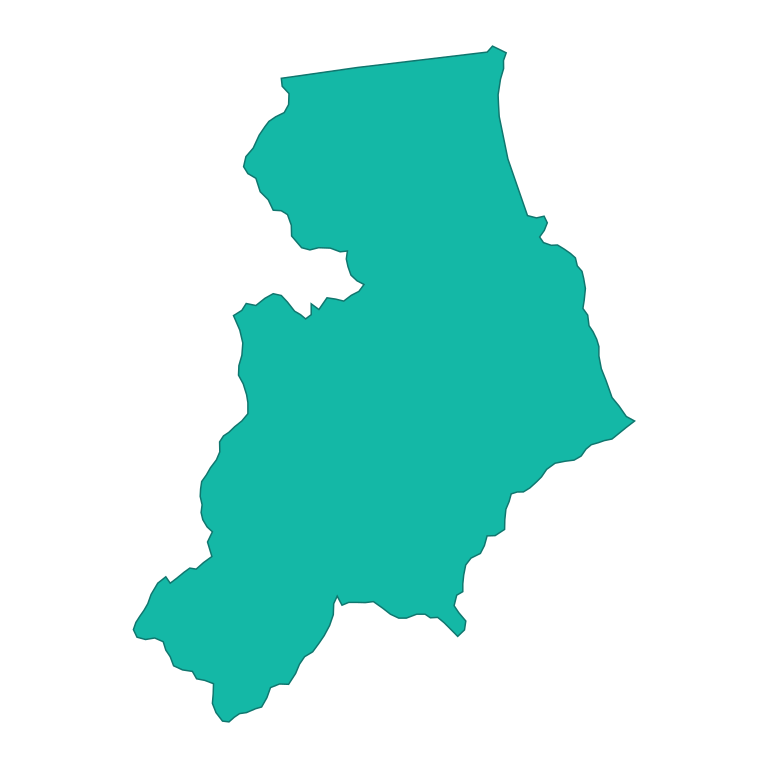 Santo Amaro da Imperatriz, Santa Catarina, Brazil
{"feature_id": "56859067B63225010311185", "entity_name": "Santo Amaro da Imperatriz", "entity_type": "district", "adm_level": 2, "iso_a3": "BRA", "parent_name": "Brazil", "parent_adm1": "Santa Catarina", "projection": "natural_earth1", "projection_center": [-48.807, -27.744], "detail": "fine", "context": "isolated", "style": "filled", "palette": "teal", "viewbox_px": 768, "rotation_deg": 0, "n_neighbors": 0, "source": "geoboundaries", "source_scale": "gbopen_adm2", "svg_char_len": 2809}
<svg xmlns="http://www.w3.org/2000/svg" viewBox="0 0 768 768"><path d="M203.5,562.6L196.2,569.1L189.8,568.1L184.1,572.2L176.8,578.2L170.2,583.2L165.8,576.8L157.8,583.1L151.1,594.4L147.8,603.7L144.0,610.3L139.8,616.3L135.9,622.4L133.4,629.6L137.0,637.2L145.5,639.5L154.7,638.0L163.2,641.7L165.8,650.1L170.2,656.7L173.6,665.8L182.5,669.9L192.4,671.4L196.6,678.8L204.8,680.4L213.5,683.7L213.2,693.8L212.4,703.4L216.0,712.6L222.5,721.1L229.0,721.9L234.3,717.2L239.6,713.6L246.5,712.6L255.6,708.7L261.6,707.0L266.9,697.7L270.5,687.6L279.5,684.0L288.6,684.3L295.6,673.5L299.5,664.2L304.6,656.7L312.7,651.8L319.3,642.8L324.2,635.6L329.6,625.5L333.3,614.7L333.7,603.7L337.2,596.1L342.0,605.2L348.7,602.4L357.3,602.4L365.3,602.6L373.4,601.6L382.6,608.1L390.4,614.2L398.7,618.1L406.4,618.1L416.7,614.2L425.1,614.2L430.4,617.8L437.7,617.4L444.1,622.7L451.0,629.6L457.7,636.4L464.5,629.9L465.8,621.0L458.7,612.6L454.1,605.7L456.7,595.2L462.8,591.6L462.8,583.9L463.7,575.1L465.7,565.0L471.0,558.1L480.4,553.4L484.4,545.6L487.1,535.9L495.2,535.6L504.6,529.4L504.8,519.9L505.9,509.2L509.1,501.6L511.2,493.9L517.2,492.0L523.4,491.9L529.9,487.9L536.6,481.8L541.5,476.9L546.6,469.4L555.1,463.2L565.3,461.2L574.1,460.1L581.2,456.0L586.0,449.1L591.3,444.7L598.3,442.7L604.3,440.6L612.0,439.0L619.3,433.1L625.9,427.7L634.6,421.0L626.3,416.5L619.0,406.0L612.0,397.5L609.6,390.6L605.9,380.2L601.3,368.7L598.9,356.0L598.9,346.6L596.7,339.3L593.0,331.6L589.0,325.7L587.7,315.1L582.9,308.4L584.2,300.2L585.4,288.5L583.7,278.5L582.0,271.3L577.3,265.9L575.4,257.9L570.5,253.5L564.2,249.1L557.5,245.0L551.2,245.3L543.5,242.6L539.6,237.0L544.3,230.4L547.3,222.8L544.1,216.2L536.5,217.9L527.5,215.6L507.9,159.0L499.2,116.5L498.5,104.4L498.1,94.8L500.5,79.1L503.6,68.6L503.5,60.5L506.2,52.8L492.5,46.1L487.2,52.1L357.3,67.5L281.3,78.3L282.2,86.3L289.0,93.6L288.6,104.6L284.2,112.6L275.8,116.7L268.9,121.4L264.9,126.7L259.2,135.1L253.2,148.1L245.9,156.6L243.6,166.7L247.9,173.6L255.9,178.3L260.2,191.7L268.2,199.7L273.2,210.2L281.2,210.7L287.5,214.6L291.3,225.2L291.6,236.0L301.6,247.7L309.9,249.9L318.6,247.7L330.3,248.1L340.2,251.8L347.4,251.0L346.3,259.0L348.0,266.7L351.0,275.2L357.0,280.8L364.0,284.5L358.9,291.4L351.3,295.3L343.7,301.1L335.7,299.1L327.0,297.8L318.9,309.5L311.2,303.8L311.2,314.7L305.6,318.9L300.6,314.7L294.6,311.2L287.3,301.9L281.3,295.5L273.2,293.7L264.9,298.3L255.9,305.5L246.2,303.5L241.8,310.4L233.5,315.6L239.8,330.1L242.8,343.0L241.9,355.2L238.9,365.6L238.5,375.2L243.2,383.8L246.6,394.7L247.9,402.7L247.9,413.7L241.8,421.0L234.8,426.6L228.9,432.3L223.5,435.9L219.6,441.9L219.8,451.9L216.4,459.9L210.5,467.7L206.4,474.9L201.7,481.5L200.6,489.0L200.2,496.4L202.1,504.8L201.1,512.5L202.8,519.7L207.1,526.9L212.4,531.8L207.5,542.0L211.9,556.5L203.5,562.6Z" fill="#14b8a6" stroke="#0f766e" stroke-width="1.5"/></svg>